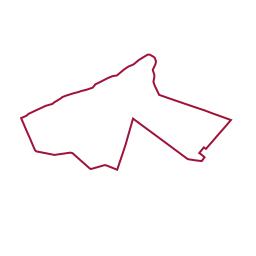 an SVG outline of Jordan, rotated 55°
{"feature_id": "JOR", "entity_name": "Jordan", "entity_type": "country or territory", "adm_level": 0, "iso_a3": "JOR", "parent_name": "Asia", "parent_adm1": "", "projection": "equal_earth", "projection_center": [36.712, 31.281], "detail": "fine", "context": "isolated", "style": "outline", "palette": "rose", "viewbox_px": 256, "rotation_deg": 55, "n_neighbors": 0, "source": "natural_earth", "source_scale": "50m", "svg_char_len": 1221}
<svg xmlns="http://www.w3.org/2000/svg" viewBox="0 0 256 256"><g transform="rotate(55 128 128)"><path d="M86.0,65.9L89.4,66.8L91.4,68.8L94.6,74.4L99.7,76.0L101.8,77.6L104.6,80.6L108.0,81.7L118.7,83.5L127.3,77.3L134.6,72.0L142.8,66.0L148.4,61.9L157.9,54.9L164.2,50.6L172.4,44.8L180.5,39.1L182.9,48.4L185.1,57.5L187.5,66.9L189.8,76.1L187.4,77.0L189.4,84.0L192.5,82.9L195.9,82.1L197.4,86.6L192.8,91.7L188.1,96.6L187.0,97.2L180.9,99.2L168.3,103.4L159.9,106.2L149.2,109.8L140.3,112.8L131.4,115.8L123.2,118.5L127.9,124.3L135.1,133.2L139.9,139.1L145.6,146.7L150.6,153.5L156.0,160.8L152.3,163.2L146.1,167.3L145.4,168.0L144.9,168.7L142.4,176.0L140.4,181.7L139.7,182.4L131.0,184.5L122.3,186.6L116.7,187.9L115.1,189.4L111.5,196.5L107.8,203.8L101.5,209.8L94.6,216.5L92.9,216.9L87.9,215.9L79.4,214.1L71.1,212.5L65.5,211.3L58.6,209.9L59.7,204.3L59.4,201.2L61.1,191.3L62.0,186.6L62.5,183.1L64.9,176.1L64.7,173.8L65.2,165.7L65.0,164.1L66.1,159.7L68.1,153.4L70.1,147.9L70.8,145.4L72.8,140.2L74.7,133.8L73.7,130.3L73.5,129.6L74.2,125.6L75.1,119.0L75.6,115.5L76.7,110.8L78.6,106.9L77.8,97.6L77.9,92.6L79.1,86.9L78.5,80.2L79.1,70.8L79.2,69.9L79.9,68.7L80.4,68.1L84.4,66.2L86.0,65.9Z" fill="none" stroke="#9f1239" stroke-width="2"/></g></svg>